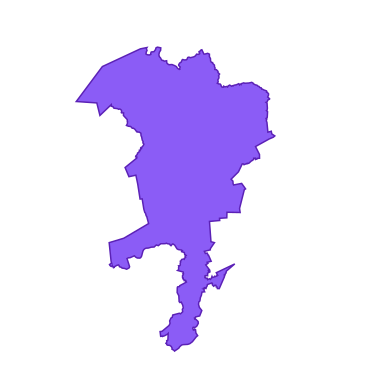 outline of Acaponeta, Nayarit, Mexico, rotated 257°
{"feature_id": "50627088B8986621841937", "entity_name": "Acaponeta", "entity_type": "district", "adm_level": 2, "iso_a3": "MEX", "parent_name": "Mexico", "parent_adm1": "Nayarit", "projection": "orthographic", "projection_center": [-105.305, 22.461], "detail": "fine", "context": "isolated", "style": "filled", "palette": "violet", "viewbox_px": 384, "rotation_deg": 257, "n_neighbors": 0, "source": "geoboundaries", "source_scale": "gbopen_adm2", "svg_char_len": 6060}
<svg xmlns="http://www.w3.org/2000/svg" viewBox="0 0 384 384"><g transform="rotate(257 192 192)"><path d="M306.2,99.6L300.2,119.3L287.3,119.5L295.3,133.0L293.7,132.7L293.0,134.1L291.2,134.8L290.0,138.1L289.1,139.1L289.2,140.0L288.8,140.7L287.6,141.6L286.3,141.6L285.5,141.0L285.0,141.1L284.5,143.1L282.0,142.4L277.1,145.2L275.2,144.8L275.0,145.0L272.9,144.3L271.6,143.1L270.4,144.8L269.6,147.0L267.6,148.1L267.3,149.3L265.9,150.5L263.1,151.7L263.2,152.2L262.5,152.7L262.3,154.0L260.8,155.4L258.3,155.0L257.2,155.3L253.7,155.2L252.2,155.7L250.9,155.2L249.5,155.9L248.6,155.3L247.1,153.6L246.8,152.2L245.8,152.5L245.8,151.7L245.1,151.6L244.3,150.9L244.5,150.3L243.8,150.3L243.8,149.8L242.7,149.2L242.2,147.7L241.0,147.2L239.6,145.2L238.9,145.0L238.5,146.1L237.5,145.8L230.9,132.3L221.1,134.0L221.0,141.1L211.8,140.9L196.8,139.8L196.5,141.9L186.2,141.2L182.8,141.4L181.8,141.9L179.1,142.0L178.3,142.4L171.0,142.6L162.3,115.1L161.3,99.9L142.9,97.6L140.5,97.7L140.9,97.2L140.4,96.7L139.9,95.3L139.0,95.5L137.5,96.5L137.3,96.3L138.1,97.8L135.9,98.4L136.0,99.3L136.6,99.5L137.4,102.1L137.5,103.9L137.1,104.3L135.5,104.5L134.4,106.3L133.6,106.7L132.6,109.3L131.5,110.8L131.6,111.6L132.3,113.8L133.3,114.4L141.8,113.7L142.2,115.3L141.9,116.8L142.8,121.5L141.3,122.4L140.0,123.8L139.3,126.4L139.7,127.4L140.9,128.5L145.3,130.8L146.7,132.0L147.4,133.4L147.6,134.8L147.2,136.8L147.4,140.0L146.9,142.7L148.4,145.3L147.3,147.1L148.6,149.9L147.7,154.2L147.8,155.7L147.2,156.3L146.3,158.5L144.8,159.0L144.4,159.5L145.7,161.2L145.5,162.0L144.1,163.2L140.0,164.6L139.0,165.7L137.8,168.7L137.0,169.4L136.6,168.5L136.2,168.4L134.8,170.9L132.8,170.8L132.3,171.5L131.4,172.0L131.1,170.8L129.6,171.0L129.2,169.7L128.2,169.3L128.6,168.7L128.6,166.8L127.4,165.7L127.2,165.0L126.2,165.1L125.3,164.5L123.6,164.2L123.1,163.8L123.1,162.3L122.3,162.5L121.6,162.0L119.3,161.5L118.8,160.3L116.0,165.4L114.4,165.3L114.3,164.7L113.3,164.9L112.6,163.9L110.6,163.5L109.4,163.8L109.5,164.0L108.7,163.9L108.4,164.4L107.4,164.5L107.6,165.3L107.3,165.8L106.5,165.7L106.5,166.1L105.5,166.3L103.5,159.0L102.7,158.6L102.8,156.6L102.0,156.1L97.3,154.9L93.9,155.8L88.1,154.8L87.0,155.4L87.1,156.8L83.7,157.5L81.0,157.4L79.9,156.2L77.4,156.0L75.9,153.4L76.7,152.4L76.5,145.6L74.3,144.5L73.9,143.1L71.4,141.2L69.0,141.1L67.1,139.6L63.0,131.5L63.2,129.5L58.4,129.0L58.2,130.8L57.9,130.8L58.1,133.0L58.9,135.8L59.6,137.0L53.2,135.2L52.8,133.9L51.8,133.9L50.4,132.6L50.0,133.2L49.0,133.0L48.7,133.3L48.2,133.8L47.6,135.8L46.2,137.0L44.4,137.5L43.4,137.1L41.8,138.8L40.9,139.2L42.8,144.0L44.0,145.2L45.2,147.4L45.3,148.8L44.5,153.5L44.7,155.7L46.0,158.7L50.0,163.7L50.7,165.2L53.9,164.1L57.1,164.5L57.8,163.8L57.0,162.9L57.2,162.3L59.2,162.1L59.9,162.7L59.4,164.3L59.7,165.5L60.4,166.7L62.6,168.6L64.5,168.8L66.8,167.3L67.6,166.0L68.7,166.1L68.6,167.0L69.5,167.4L69.5,171.6L74.3,174.9L78.0,173.2L81.1,173.1L83.3,173.9L84.1,175.2L87.2,176.4L89.2,177.9L92.2,179.2L91.9,181.9L93.4,181.6L94.5,181.9L94.9,181.4L94.9,181.7L95.5,181.7L95.0,183.5L95.8,183.2L95.5,184.4L96.5,184.9L97.0,185.6L98.4,186.2L98.9,190.9L98.0,191.3L97.1,190.9L95.3,191.9L96.0,193.3L95.7,194.3L94.0,194.3L93.8,195.1L92.2,195.0L91.7,196.8L102.1,204.5L103.8,204.9L103.5,205.3L105.4,206.5L105.4,206.9L107.2,207.7L112.3,217.5L107.9,197.5L105.2,198.3L105.2,197.5L104.6,197.4L104.5,196.5L104.3,195.9L104.8,195.2L104.3,194.9L104.1,192.7L105.3,192.5L103.6,191.4L102.7,190.3L103.5,189.6L103.1,187.5L104.5,187.5L104.6,186.3L105.7,186.0L105.8,185.3L107.4,185.8L107.5,186.5L106.9,188.4L109.4,188.9L110.1,191.5L111.2,191.6L111.0,190.3L112.0,190.2L112.3,191.5L117.9,189.0L118.9,191.5L120.1,191.0L120.2,195.1L126.6,193.9L126.6,193.6L129.1,193.0L129.1,191.2L131.4,190.7L131.5,196.8L132.2,196.9L133.3,197.8L137.6,202.5L139.3,199.3L159.4,202.4L158.0,212.6L160.2,212.9L159.0,220.1L164.4,221.5L161.2,234.3L165.0,234.6L166.0,235.0L182.5,243.5L183.0,244.9L189.2,242.3L189.5,234.1L190.8,233.9L193.4,234.3L195.7,233.0L201.2,241.8L208.1,247.3L207.7,248.5L206.9,248.8L207.5,252.0L207.1,252.0L207.3,254.0L209.2,257.4L209.1,258.1L210.3,259.6L211.0,259.7L210.7,261.3L209.4,261.2L209.6,262.9L210.1,263.1L209.7,265.4L213.4,266.2L222.0,264.1L226.3,279.1L227.1,283.6L228.0,285.3L230.7,282.8L233.4,282.9L233.2,279.4L243.1,280.7L244.6,280.4L246.5,281.4L247.0,281.4L246.7,280.9L247.0,280.0L247.0,281.0L247.8,282.1L253.3,283.7L254.5,282.9L254.7,283.5L256.6,284.3L261.6,285.1L262.7,284.3L262.8,285.3L264.6,286.7L265.0,288.4L265.4,288.6L267.5,287.1L269.1,288.3L270.4,288.7L272.0,287.9L272.5,287.1L273.3,287.5L273.8,287.3L275.4,284.8L276.5,283.7L276.6,283.0L277.9,282.9L278.7,281.4L279.7,281.1L280.5,279.9L281.5,279.3L282.1,277.9L283.7,276.1L284.1,276.2L285.4,274.9L285.4,271.9L286.1,267.9L286.7,267.0L286.5,264.7L285.7,264.0L286.3,263.8L286.2,262.7L285.8,262.4L287.0,261.9L286.5,259.3L286.6,256.9L286.1,255.9L286.5,255.3L286.1,254.5L287.7,252.8L287.3,251.2L286.3,250.3L287.0,249.6L287.0,247.7L288.0,246.7L287.1,246.2L287.3,245.0L288.6,244.3L289.6,244.3L290.8,243.8L291.4,242.2L292.3,241.1L293.4,242.3L295.5,242.4L296.8,243.7L298.1,244.2L299.2,244.0L300.7,245.4L302.5,244.2L303.7,244.5L305.7,243.3L306.3,241.8L307.8,242.4L309.0,242.1L310.6,242.4L312.5,241.2L313.5,241.2L313.9,240.1L315.5,239.6L317.9,240.0L320.0,239.4L322.4,240.0L323.6,238.5L323.5,235.5L323.8,234.6L328.4,233.6L328.4,232.8L327.7,232.0L327.2,230.4L326.1,230.4L325.6,230.8L324.9,230.4L324.7,228.9L325.3,227.5L323.9,226.0L323.3,224.2L323.2,220.8L324.1,219.3L324.0,218.1L322.3,216.8L322.1,216.0L322.4,214.2L323.2,212.8L323.1,212.3L320.9,210.5L320.4,208.9L318.9,207.6L318.2,207.5L316.4,208.6L314.7,207.5L314.3,207.6L314.3,207.1L315.8,205.7L317.7,205.0L319.0,203.6L320.7,201.2L321.2,198.2L322.5,196.9L323.5,196.5L325.6,196.8L325.7,194.5L326.8,193.3L326.9,192.6L327.7,192.0L329.7,191.5L331.3,190.6L333.3,190.6L335.7,191.8L337.1,193.3L339.5,194.0L340.9,191.0L340.7,189.7L340.5,189.3L339.0,188.5L337.3,186.5L337.6,183.8L336.5,183.0L335.3,182.8L335.1,181.2L335.8,179.3L336.8,178.2L338.9,179.0L339.9,180.0L342.1,179.8L342.9,180.6L343.1,173.9L334.4,132.9L306.2,99.6Z" fill="#8b5cf6" stroke="#5b21b6" stroke-width="1.5"/></g></svg>